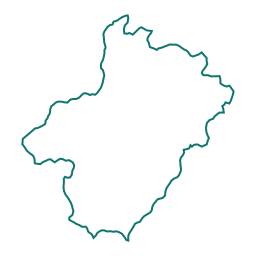 Tambaú, São Paulo, Brazil
{"feature_id": "56859067B22944162583516", "entity_name": "Tambaú", "entity_type": "district", "adm_level": 2, "iso_a3": "BRA", "parent_name": "Brazil", "parent_adm1": "São Paulo", "projection": "orthographic", "projection_center": [-47.241, -21.6], "detail": "fine", "context": "isolated", "style": "outline", "palette": "teal", "viewbox_px": 256, "rotation_deg": 0, "n_neighbors": 0, "source": "geoboundaries", "source_scale": "gbopen_adm2", "svg_char_len": 3088}
<svg xmlns="http://www.w3.org/2000/svg" viewBox="0 0 256 256"><path d="M113.5,21.7L112.6,24.5L110.1,25.0L107.7,26.7L106.0,29.1L104.5,31.2L103.4,34.0L103.9,37.8L104.2,42.1L105.2,45.5L105.6,47.9L104.4,50.2L104.5,53.1L103.9,56.4L102.8,60.3L101.5,62.6L100.9,64.6L101.0,68.2L102.8,69.9L103.8,73.3L104.3,75.4L103.5,78.6L103.0,81.4L102.2,84.3L100.9,87.8L99.4,89.9L97.1,93.1L95.2,94.7L92.3,94.2L89.9,95.0L87.9,94.0L85.3,93.2L83.5,93.5L81.4,95.3L79.1,97.7L76.2,99.0L73.2,99.0L70.6,99.5L68.8,101.1L67.4,102.6L64.3,102.3L61.8,101.7L58.1,101.6L55.2,102.9L53.8,104.4L51.4,106.2L50.3,109.0L50.1,111.4L49.7,113.7L48.1,116.2L47.5,118.3L45.7,120.5L45.2,124.0L42.6,125.6L39.9,127.0L37.3,128.1L35.1,128.4L22.8,138.9L22.6,141.1L22.4,144.3L24.7,147.3L26.6,150.4L29.6,153.2L31.8,154.6L33.3,156.1L34.3,158.2L34.6,160.5L34.8,163.3L37.7,163.8L40.4,164.1L43.0,162.0L46.4,160.6L48.5,159.5L50.7,159.3L52.2,160.6L54.7,162.3L57.7,160.2L60.2,158.8L62.7,159.1L65.8,160.7L69.1,160.2L72.5,162.2L74.2,165.2L73.8,167.9L72.5,170.3L71.7,174.9L70.0,177.5L67.2,177.7L65.1,176.8L63.8,178.6L63.9,182.3L63.5,187.3L64.0,191.0L65.3,194.1L67.7,197.5L69.4,200.2L71.1,203.2L71.8,205.2L72.6,208.4L73.4,210.9L72.4,215.0L69.4,217.3L69.2,219.6L70.9,220.8L73.9,222.3L76.3,223.9L79.2,225.0L82.1,226.8L85.8,226.7L87.2,228.6L88.2,231.7L92.0,234.5L93.5,237.9L95.9,235.5L97.2,233.1L99.0,231.7L101.7,230.3L104.3,230.4L107.2,231.5L110.2,231.2L113.6,231.8L116.0,231.3L118.7,232.0L122.0,233.8L123.7,236.0L125.0,237.8L126.3,240.0L128.3,240.6L128.2,237.7L128.4,235.6L129.4,233.1L130.7,231.2L133.2,227.1L135.0,223.8L137.5,222.5L139.8,221.9L142.5,217.9L144.1,216.2L146.3,214.8L148.6,213.6L150.8,211.8L151.9,209.8L152.2,207.3L153.6,204.2L155.9,201.4L157.6,199.3L160.0,198.6L162.6,198.0L165.1,195.4L165.3,192.2L166.5,188.2L168.9,184.6L170.5,182.4L171.4,180.6L174.2,178.5L177.3,177.2L179.0,175.3L180.0,172.9L180.9,170.7L181.0,168.6L180.5,165.7L180.4,163.3L180.1,160.2L180.9,157.5L182.7,155.5L184.1,152.6L183.7,149.8L186.5,149.2L189.2,148.3L190.5,145.2L191.9,146.7L194.0,144.8L197.5,144.4L199.9,145.7L201.9,146.6L204.0,145.6L206.7,144.4L207.8,140.6L208.9,137.9L207.7,135.8L206.5,132.4L206.1,129.4L206.1,127.0L206.9,123.0L209.5,120.1L213.2,118.7L214.6,116.4L217.4,114.1L219.1,112.7L221.6,112.5L223.8,112.6L223.2,108.6L222.3,106.0L224.2,104.8L225.5,102.4L229.3,103.5L230.7,101.0L231.8,97.9L232.9,94.6L233.6,91.4L230.8,87.5L229.5,85.7L226.4,86.5L223.0,85.2L220.4,83.3L220.4,79.4L219.6,76.1L211.0,76.4L207.8,75.1L205.9,75.3L203.2,75.1L201.9,73.2L202.5,71.0L204.3,68.8L205.9,66.5L207.3,64.0L206.6,61.1L206.6,58.0L201.6,52.4L199.0,54.3L195.5,55.6L192.9,56.5L190.5,55.5L188.9,53.2L187.1,50.9L183.9,49.3L181.9,48.0L179.4,46.1L176.5,44.7L173.7,44.7L169.7,44.5L167.0,45.6L164.8,46.4L161.3,47.8L158.4,48.4L156.9,49.9L153.5,48.3L149.9,47.1L148.7,42.6L147.3,40.0L147.8,37.6L149.6,34.6L151.1,33.0L151.8,31.0L149.4,30.7L146.8,30.4L141.4,27.3L139.4,28.2L135.5,32.0L132.7,34.6L129.5,33.0L126.8,33.8L124.3,33.3L123.9,29.2L124.8,25.6L127.6,22.5L128.3,18.0L127.7,15.4L125.7,15.7L122.7,16.9L120.3,18.3L117.1,20.6L113.5,21.7Z" fill="none" stroke="#0f766e" stroke-width="2"/></svg>